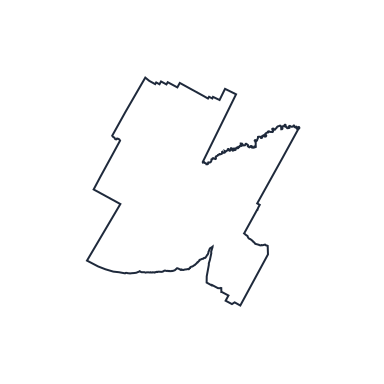 Pilar, Buenos Aires, Argentina, rotated 61°
{"feature_id": "61730980B18176537921134", "entity_name": "Pilar", "entity_type": "district", "adm_level": 2, "iso_a3": "ARG", "parent_name": "Argentina", "parent_adm1": "Buenos Aires", "projection": "albers", "projection_center": [-58.875, -34.443], "detail": "fine", "context": "isolated", "style": "outline", "palette": "slate", "viewbox_px": 384, "rotation_deg": 61, "n_neighbors": 0, "source": "geoboundaries", "source_scale": "gbopen_adm2", "svg_char_len": 5970}
<svg xmlns="http://www.w3.org/2000/svg" viewBox="0 0 384 384"><g transform="rotate(61 192 192)"><path d="M278.3,223.1L283.3,220.0L283.0,219.6L288.7,215.9L290.1,213.4L289.5,212.6L293.7,214.8L293.9,214.4L300.2,210.3L303.4,215.3L309.4,211.4L309.2,208.2L314.7,204.8L283.4,155.8L275.2,151.6L275.5,152.0L275.4,152.2L275.1,152.4L274.9,152.8L274.2,153.4L273.6,153.5L273.4,153.6L273.1,154.8L273.1,155.0L272.6,156.5L272.1,156.9L272.1,157.1L272.2,157.3L272.1,157.7L271.1,158.9L270.7,159.0L268.1,161.7L267.7,161.9L266.8,161.9L266.1,162.2L265.8,162.2L265.4,162.5L265.2,162.6L264.4,162.6L264.0,162.9L263.3,163.0L261.4,163.9L260.8,164.5L259.9,164.9L258.7,165.0L257.2,164.8L256.5,165.3L254.9,166.0L253.9,166.2L253.5,166.5L239.1,143.6L239.3,143.4L237.8,141.7L236.1,139.0L233.6,140.5L206.1,96.4L188.8,69.0L188.7,69.0L188.3,67.4L188.1,67.1L187.7,66.9L187.1,66.9L186.9,67.1L187.2,68.0L187.8,68.8L187.9,69.3L187.8,69.5L187.5,69.5L186.6,68.9L185.8,68.8L185.5,69.0L185.5,69.3L186.0,69.7L186.0,69.9L185.9,70.2L185.0,70.7L183.7,70.4L183.2,70.6L183.2,71.0L183.7,71.9L183.6,72.4L183.0,73.6L181.7,74.3L181.4,74.8L181.6,75.3L181.9,75.6L182.9,75.7L183.1,75.8L183.0,76.3L182.7,77.0L182.4,77.7L181.8,77.9L181.0,77.7L180.2,78.7L180.0,78.8L179.5,78.1L179.0,77.7L178.6,77.7L178.4,77.8L178.3,78.0L178.2,78.3L178.9,79.7L178.5,80.8L178.5,81.0L178.9,81.4L180.2,82.0L180.6,82.4L180.7,82.8L180.4,83.5L180.1,83.4L179.0,82.7L177.5,82.5L176.9,82.5L176.6,82.9L176.4,84.7L176.2,85.3L176.4,86.1L177.0,87.2L177.1,87.9L177.7,89.3L177.6,89.6L177.3,89.9L176.1,90.0L175.7,90.6L175.7,91.1L175.8,91.3L176.2,91.4L178.1,91.6L178.4,91.9L178.6,92.4L178.5,92.7L178.0,93.4L177.3,94.6L176.3,95.2L176.0,95.7L176.0,96.2L176.7,96.4L176.8,96.5L176.4,97.9L176.5,99.2L176.7,99.7L178.5,99.7L178.8,99.8L179.2,100.4L179.2,100.7L178.9,101.4L178.7,101.5L177.5,101.3L177.3,101.3L177.1,101.5L177.2,101.9L177.5,102.1L177.6,102.4L177.5,102.7L177.0,103.1L177.1,103.5L177.8,103.7L178.4,104.2L178.5,104.4L178.4,105.2L178.1,105.5L177.2,105.2L176.7,105.6L176.0,106.9L175.8,107.5L177.0,108.4L177.4,109.0L178.4,110.1L178.5,110.4L177.4,111.3L177.2,111.7L177.4,112.2L177.7,112.3L178.8,111.6L179.0,111.6L179.4,112.4L180.4,112.7L181.5,113.4L183.4,114.3L183.6,114.5L183.4,115.1L183.2,115.1L182.7,115.0L182.4,115.3L182.4,115.6L183.0,116.1L183.2,116.5L182.6,117.4L182.4,117.9L181.9,118.1L181.3,117.5L180.9,117.5L180.7,117.6L180.3,118.3L180.3,118.5L180.3,118.8L180.8,119.7L180.8,120.1L180.6,120.3L179.1,121.0L178.8,120.9L178.3,120.3L178.0,120.3L176.1,121.2L175.9,121.7L176.5,122.4L176.8,123.0L176.5,123.8L176.2,124.4L176.0,124.6L174.0,124.8L173.6,125.3L173.2,125.9L173.5,126.1L173.9,126.1L175.3,126.0L175.7,126.3L175.6,126.7L174.9,127.4L174.8,127.6L174.8,127.8L175.3,128.4L175.6,128.8L175.5,129.1L174.9,129.7L175.0,130.1L175.8,130.2L176.0,130.3L176.0,130.7L175.9,130.9L175.1,131.3L174.8,131.6L174.9,131.9L175.2,132.6L176.0,133.1L176.2,133.4L176.2,134.0L176.1,134.3L175.6,134.5L175.0,133.9L174.6,133.9L174.3,134.1L174.4,134.5L175.6,135.6L175.7,136.2L175.5,136.4L175.2,136.5L175.0,136.4L174.8,135.6L174.3,135.5L173.9,135.6L172.8,136.3L172.6,136.7L172.9,137.0L173.8,137.8L174.3,138.7L174.3,138.9L174.1,139.2L173.8,139.3L172.7,139.1L172.1,139.2L171.9,139.5L171.9,139.9L172.6,140.4L172.8,140.7L172.7,141.4L173.0,142.3L172.8,142.9L172.1,143.4L172.8,143.5L173.2,143.8L173.4,144.4L173.1,145.3L172.8,145.6L171.5,145.8L171.5,146.2L172.7,147.0L173.0,147.3L173.0,147.5L172.8,148.9L172.2,149.3L172.1,149.7L172.5,150.4L172.2,151.4L172.6,151.9L172.6,152.5L172.5,153.6L172.6,154.0L172.9,154.4L174.0,154.6L174.5,155.1L174.6,155.4L174.3,155.8L172.6,157.1L172.6,157.6L173.1,157.9L173.2,158.2L172.9,158.8L172.9,159.2L173.9,159.8L174.5,160.4L174.9,161.2L174.9,162.2L174.1,163.1L174.0,163.5L174.3,163.8L175.2,164.5L175.2,165.1L174.7,166.0L173.7,165.9L173.3,166.2L172.8,166.8L172.6,166.9L171.8,166.8L171.7,166.9L171.5,167.2L171.7,167.9L171.6,168.2L171.0,168.1L127.9,106.1L117.8,113.1L124.9,123.3L119.0,127.5L120.0,128.9L117.0,130.9L118.0,132.7L113.7,135.3L90.7,149.8L93.4,154.1L84.2,160.0L85.5,162.2L80.3,165.5L82.0,168.2L78.8,170.2L79.8,171.9L74.1,175.5L69.3,177.4L89.7,211.4L104.1,234.5L105.3,234.4L106.9,233.5L108.1,233.6L108.7,233.4L109.3,232.7L109.3,232.3L108.9,231.8L108.9,231.6L109.4,231.0L110.7,230.1L112.2,230.0L121.3,244.3L134.1,264.5L142.1,276.8L167.8,260.5L201.1,317.1L211.6,310.2L217.6,305.2L223.5,299.4L226.8,294.7L230.7,290.0L230.7,289.8L230.6,289.6L230.6,289.3L230.9,288.7L231.1,288.3L232.1,287.3L232.6,286.4L233.2,285.7L233.3,285.3L233.6,284.6L234.1,283.4L234.6,282.4L235.5,280.2L235.7,279.4L235.7,278.8L236.0,276.8L235.9,276.4L235.9,276.1L236.8,275.7L237.7,275.0L238.1,274.2L238.4,273.8L239.0,272.6L240.0,271.7L240.3,270.6L241.3,268.8L242.1,267.7L242.2,267.4L242.1,267.2L242.9,266.3L243.0,266.0L243.3,265.4L243.2,265.3L243.6,264.7L244.1,263.7L244.4,263.6L244.4,262.8L244.6,262.5L244.6,261.8L245.1,261.3L245.3,260.9L245.2,260.5L245.5,259.9L245.6,259.6L246.2,258.8L247.1,257.3L247.4,256.4L247.4,255.6L247.5,255.5L247.4,254.5L247.6,253.7L248.6,252.7L249.3,251.3L249.6,251.2L249.7,250.8L250.1,250.4L250.2,249.9L250.6,249.6L251.2,248.4L251.3,247.7L251.7,247.3L252.1,244.9L251.7,243.3L251.6,242.5L251.4,242.1L251.5,241.9L252.7,240.8L253.5,240.4L253.8,240.0L254.4,239.8L254.3,239.4L254.6,238.8L255.1,238.9L255.4,238.5L255.6,237.8L256.1,237.2L256.2,236.3L256.5,235.4L256.9,234.6L257.2,233.6L257.3,233.2L257.5,232.7L258.0,232.3L258.0,232.1L257.5,231.3L257.6,230.6L257.2,230.4L257.0,229.9L257.0,228.8L257.3,228.0L257.3,226.5L257.1,225.5L257.2,224.7L257.0,224.4L256.7,222.8L256.4,222.2L256.4,221.4L256.0,221.1L256.1,220.4L255.8,219.8L255.8,219.5L255.6,218.8L255.2,218.6L255.1,218.3L255.1,217.8L255.3,217.3L255.3,216.1L255.8,214.5L255.5,214.0L255.7,213.6L255.6,213.1L256.0,212.5L256.0,212.1L255.0,210.2L254.4,209.2L254.3,208.5L253.8,208.0L253.4,207.4L252.2,206.5L251.7,205.7L250.6,204.5L250.0,203.6L249.9,201.0L249.8,200.5L250.1,200.7L253.5,204.2L254.9,204.8L260.0,209.2L262.6,211.9L263.9,212.6L272.9,220.0L278.3,223.1Z" fill="none" stroke="#1e293b" stroke-width="2"/></g></svg>